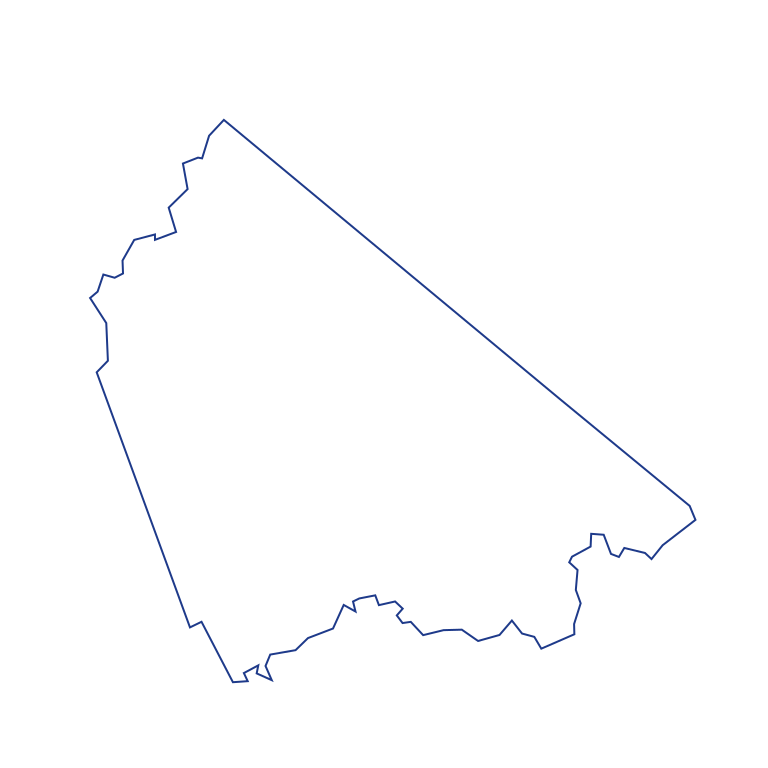 Houston, Texas, United States of America, rotated 259°
{"feature_id": "52423323B46548202222593", "entity_name": "Houston", "entity_type": "district", "adm_level": 2, "iso_a3": "USA", "parent_name": "United States of America", "parent_adm1": "Texas", "projection": "robinson", "projection_center": [-95.52, 31.26], "detail": "fine", "context": "isolated", "style": "outline", "palette": "blue", "viewbox_px": 768, "rotation_deg": 259, "n_neighbors": 0, "source": "geoboundaries", "source_scale": "gbopen_adm2", "svg_char_len": 1041}
<svg xmlns="http://www.w3.org/2000/svg" viewBox="0 0 768 768"><g transform="rotate(259 384 384)"><path d="M673.8,277.2L661.1,259.7L640.2,248.5L641.7,244.6L638.8,228.7L612.8,228.4L598.2,206.3L572.9,208.9L569.2,186.7L574.5,187.7L573.1,166.3L555.1,150.9L542.3,148.9L539.7,139.9L545.0,129.4L529.3,120.5L524.5,111.9L496.8,123.0L459.5,117.4L450.3,104.2L182.1,147.1L185.4,159.5L120.1,178.8L118.3,193.5L127.0,191.3L131.8,206.9L124.2,203.8L114.7,217.3L129.8,213.9L140.1,220.7L139.6,246.4L149.1,260.9L153.7,287.3L174.8,302.3L166.1,312.6L176.4,312.1L178.2,318.8L178.2,335.1L167.9,336.8L168.4,353.4L159.9,359.5L154.4,352.4L145.8,356.6L145.4,364.9L130.0,374.5L131.0,395.5L128.0,413.5L113.8,427.3L115.6,449.5L127.4,464.4L112.7,471.9L107.1,483.3L94.2,487.9L102.0,523.1L112.1,524.8L131.2,535.2L145.2,533.0L164.5,538.5L173.6,531.8L178.6,535.6L185.0,555.8L197.4,558.8L194.1,570.9L173.9,574.4L169.4,581.6L177.2,588.6L168.3,608.0L161.1,613.2L172.6,626.8L191.2,663.8L206.0,660.8L336.0,553.5L673.8,277.2Z" fill="none" stroke="#1e3a8a" stroke-width="2"/></g></svg>